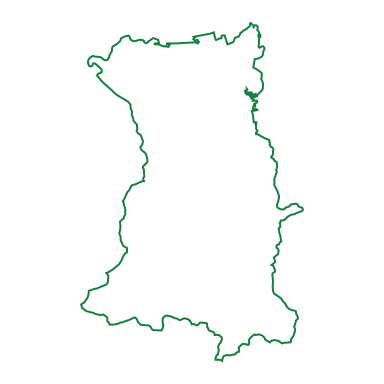 the district of Bahnea, Mures, Romania
{"feature_id": "2599482B70038378899752", "entity_name": "Bahnea", "entity_type": "district", "adm_level": 2, "iso_a3": "ROU", "parent_name": "Romania", "parent_adm1": "Mures", "projection": "equal_earth", "projection_center": [24.492, 46.315], "detail": "fine", "context": "isolated", "style": "outline", "palette": "green", "viewbox_px": 384, "rotation_deg": 0, "n_neighbors": 0, "source": "geoboundaries", "source_scale": "gbopen_adm2", "svg_char_len": 5924}
<svg xmlns="http://www.w3.org/2000/svg" viewBox="0 0 384 384"><path d="M222.1,361.0L222.9,357.2L224.0,356.1L225.9,355.2L230.7,355.3L233.5,354.5L235.2,354.4L236.5,352.5L239.0,351.7L239.2,349.4L238.8,348.3L238.8,347.3L242.2,344.1L244.1,343.9L246.1,344.2L247.1,344.9L248.6,344.7L248.9,344.3L248.8,343.4L249.3,342.6L248.9,341.1L249.2,339.5L251.2,336.9L254.5,334.5L255.7,335.0L258.8,334.4L261.9,335.3L264.5,337.7L265.2,339.6L269.5,342.2L270.1,342.3L270.9,341.2L272.1,340.5L274.9,340.1L278.7,341.0L281.8,343.4L283.4,342.9L290.3,342.3L291.0,341.7L291.0,339.4L293.2,336.4L295.0,331.2L295.2,329.8L294.2,326.6L295.1,324.4L296.1,320.3L297.7,318.9L297.9,318.0L297.8,316.9L296.4,314.3L295.8,311.3L293.6,310.3L292.0,310.3L288.6,308.5L286.9,306.9L285.0,303.2L282.3,300.6L281.5,299.0L280.1,297.6L274.1,293.6L272.9,290.7L272.7,285.8L273.0,281.2L272.3,274.1L272.7,273.2L275.0,271.7L274.9,269.5L274.3,268.6L274.0,266.9L273.0,265.8L271.5,265.0L275.0,262.3L275.1,260.7L274.3,259.2L273.9,257.5L277.9,254.2L278.4,252.4L278.5,249.8L277.9,248.6L276.4,247.6L276.5,245.3L279.1,244.2L279.9,242.3L281.3,241.3L280.9,240.6L280.5,236.4L279.2,232.4L279.1,230.1L278.6,228.8L279.6,227.1L280.2,226.9L280.3,225.0L279.7,223.0L280.2,222.9L280.8,220.6L284.5,220.0L287.5,216.8L291.0,214.8L294.8,214.1L296.4,213.1L302.4,210.9L302.8,209.8L302.7,208.6L302.2,207.9L299.1,206.7L298.0,205.7L297.8,204.8L295.9,203.7L291.4,204.3L289.9,205.4L289.4,206.4L285.5,207.7L284.8,208.9L283.4,209.5L280.2,209.2L277.3,207.4L277.1,204.6L278.5,200.2L279.1,196.5L277.3,190.9L274.3,185.2L274.5,182.0L274.3,178.9L276.8,172.0L276.3,170.1L277.1,166.8L276.8,162.9L276.4,161.8L274.4,160.7L274.0,159.3L271.5,157.8L271.1,156.9L272.1,156.1L273.1,153.8L272.9,152.0L273.4,149.2L272.3,147.5L270.7,146.6L269.7,144.9L269.9,143.3L269.3,141.7L269.2,139.9L264.4,138.1L257.3,134.1L256.1,134.2L256.0,133.1L256.7,131.6L257.3,131.4L257.1,130.0L256.1,129.1L256.0,125.0L255.4,124.0L255.6,123.3L256.3,123.7L256.3,122.2L253.8,122.2L252.7,113.9L251.8,111.1L257.4,110.1L257.2,109.5L255.4,109.0L254.2,109.3L252.9,108.9L252.8,108.3L253.4,106.5L255.2,106.5L255.3,105.3L255.0,104.7L254.1,104.6L254.2,103.7L256.8,102.6L257.3,102.0L256.8,100.6L253.1,100.8L253.6,100.0L252.4,99.4L251.1,97.7L253.2,97.8L254.8,97.1L255.3,96.6L255.1,96.2L253.3,95.8L251.1,96.4L251.3,96.8L250.8,96.9L249.4,94.9L247.1,94.5L246.2,94.0L245.6,93.3L245.5,92.4L244.9,91.0L247.0,89.6L246.9,88.9L247.4,89.5L247.2,89.8L245.7,91.1L246.6,93.3L247.3,92.3L247.8,92.3L247.5,93.7L250.2,92.3L251.8,92.6L252.0,93.2L250.2,93.9L249.7,94.8L250.0,95.2L250.5,95.4L254.9,94.2L254.5,94.8L255.9,94.8L256.9,96.2L257.9,94.4L261.6,90.8L262.8,88.9L263.1,84.1L262.3,81.1L261.2,79.4L261.9,74.0L261.4,72.7L256.8,69.3L253.3,67.6L254.7,59.2L258.9,58.3L262.0,56.4L262.7,55.3L263.0,54.1L262.8,53.2L264.6,48.2L263.2,46.4L261.9,46.3L259.4,47.8L258.7,47.1L259.2,38.9L258.4,36.3L258.3,34.7L258.6,34.4L258.9,34.7L259.8,37.0L260.3,36.9L260.5,35.7L258.2,30.8L257.4,30.2L257.8,26.9L256.8,25.6L255.2,25.2L254.0,25.5L253.6,25.7L253.9,28.3L253.3,25.9L250.9,23.0L250.1,23.4L249.8,26.2L248.0,27.5L247.1,28.6L246.0,28.9L245.0,30.2L243.4,30.4L241.9,32.2L240.4,32.8L240.1,34.2L238.9,36.4L235.0,37.8L233.4,42.0L227.5,44.4L224.6,35.3L222.2,35.5L221.7,35.9L221.5,38.2L220.3,38.3L216.1,40.0L215.5,39.2L213.7,32.4L210.1,33.7L193.8,36.8L194.8,37.6L193.3,39.1L195.4,40.9L197.0,39.7L199.0,42.0L197.9,42.7L198.1,42.9L197.7,43.4L196.8,42.7L194.5,42.4L176.2,43.4L166.2,43.4L169.5,45.2L168.2,47.0L166.1,46.0L165.4,46.6L161.8,45.8L158.5,44.2L155.8,44.5L154.7,44.2L154.6,43.7L159.0,43.0L158.2,40.0L153.3,38.0L148.1,41.7L147.4,42.8L146.2,43.2L144.2,42.2L143.9,40.9L143.1,40.2L139.5,39.7L135.1,41.2L132.9,41.0L130.8,39.7L130.0,38.4L129.6,36.5L128.6,35.7L125.9,36.1L122.5,37.5L120.9,38.6L120.5,40.5L119.2,42.1L117.0,44.0L112.6,46.6L112.0,48.6L111.8,51.4L109.6,54.9L109.0,57.5L107.6,59.7L106.4,60.2L104.4,60.1L101.6,57.8L100.0,57.0L95.0,56.6L92.9,55.9L90.4,57.4L88.9,59.1L88.0,61.0L88.2,63.2L88.7,65.2L89.2,65.9L90.7,66.5L92.2,65.9L93.2,63.4L95.1,63.5L100.6,68.3L101.8,70.3L101.6,72.2L100.6,72.9L98.2,73.7L97.2,75.0L97.1,75.7L102.8,82.3L112.6,91.0L114.0,92.6L117.4,95.3L127.9,101.5L130.5,104.6L130.5,107.8L131.4,110.3L132.2,111.6L131.6,114.5L132.7,116.9L133.4,119.4L133.4,120.8L137.0,124.6L137.0,127.1L137.4,128.6L136.6,131.0L137.8,133.0L140.7,135.1L143.0,141.1L142.3,144.7L140.4,147.0L140.3,147.6L141.7,150.2L145.1,152.9L146.2,154.7L147.4,159.8L147.4,162.0L143.0,166.5L142.9,167.4L143.9,169.9L144.3,176.6L143.4,177.6L143.1,178.8L143.5,180.2L144.0,181.1L141.3,181.6L135.3,184.4L132.1,185.1L131.2,186.1L129.0,190.5L127.3,192.2L124.5,198.7L122.8,201.3L123.6,202.5L124.0,205.6L124.9,207.4L125.3,209.3L125.1,212.8L125.4,213.9L125.3,214.7L124.1,216.4L123.6,218.4L120.0,221.5L120.5,227.0L120.1,229.2L120.2,229.9L119.2,233.3L120.7,236.8L120.6,240.0L123.1,245.8L127.1,248.1L126.9,252.4L125.2,253.4L123.2,256.3L121.5,260.4L119.2,264.1L113.1,269.3L108.2,272.3L106.4,273.0L107.8,274.9L108.4,276.9L107.7,282.7L106.4,284.5L96.5,288.6L94.7,288.8L88.9,290.8L88.6,294.1L87.7,297.2L86.7,299.1L84.0,302.6L81.2,304.4L82.1,307.9L86.3,311.1L93.4,312.9L96.2,314.3L98.2,314.4L100.3,315.3L103.2,314.4L106.9,317.1L107.3,318.5L107.4,321.5L109.0,322.7L109.5,324.6L113.5,324.6L117.7,323.9L120.6,322.5L122.6,322.2L129.5,319.8L133.9,317.6L134.9,317.5L136.3,318.4L138.3,322.4L140.7,324.8L148.8,325.5L150.3,326.5L152.2,329.6L153.5,330.1L161.5,330.5L162.9,327.6L163.3,325.8L162.5,320.8L163.0,317.9L165.0,316.0L166.2,315.6L167.7,315.6L172.3,316.9L174.3,318.0L177.8,318.9L179.6,320.3L184.2,318.3L188.7,319.4L189.1,320.4L190.3,321.2L191.8,324.3L193.5,324.0L197.3,325.4L200.2,322.5L206.0,323.0L207.0,323.8L207.3,327.5L208.1,328.3L208.7,330.3L213.3,332.1L214.4,333.3L214.7,335.1L216.8,334.8L219.0,335.1L221.6,337.2L221.9,339.4L220.8,342.4L219.2,344.1L218.1,346.7L218.1,347.5L218.6,348.7L218.7,350.2L218.6,351.6L218.2,352.2L218.1,354.1L216.3,355.9L215.4,358.6L215.4,359.7L220.1,359.8L222.1,361.0Z" fill="none" stroke="#15803d" stroke-width="2"/></svg>